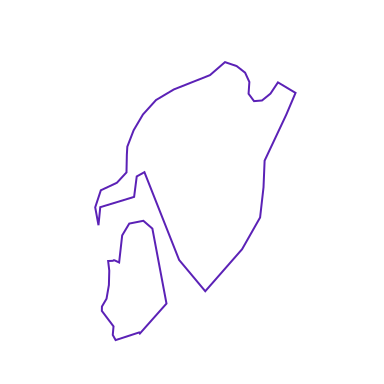 an SVG outline of Herceg Novi, rotated 61°
{"feature_id": "MNE-1506", "entity_name": "Herceg Novi", "entity_type": "Municipality", "adm_level": 1, "iso_a3": "MNE", "parent_name": "Montenegro", "parent_adm1": "", "projection": "orthographic", "projection_center": [18.544, 42.482], "detail": "fine", "context": "isolated", "style": "outline", "palette": "violet", "viewbox_px": 384, "rotation_deg": 61, "n_neighbors": 0, "source": "natural_earth", "source_scale": "10m", "svg_char_len": 824}
<svg xmlns="http://www.w3.org/2000/svg" viewBox="0 0 384 384"><g transform="rotate(61 192 192)"><path d="M146.3,270.9L147.5,253.2L143.1,239.8L127.8,230.9L121.0,226.6L109.7,213.1L100.4,197.3L94.1,178.8L93.5,158.1L98.5,119.6L94.4,100.2L103.5,91.9L113.4,87.7L123.6,88.5L133.5,94.9L142.6,93.7L145.9,86.4L144.0,75.7L137.8,63.7L155.5,53.4L170.1,72.1L199.8,113.3L222.6,127.2L247.3,144.8L266.3,175.9L285.2,228.5L245.2,236.2L151.6,224.0L151.6,232.8L168.2,245.0L160.8,279.6L175.7,289.9L158.5,284.1L146.3,270.9ZM289.2,306.3L284.5,330.6L278.6,330.6L271.5,325.8L252.3,328.5L248.5,326.3L243.9,318.5L233.1,309.8L220.7,302.5L211.7,298.8L213.8,294.6L213.8,293.3L214.7,292.5L218.3,289.9L196.1,274.1L189.2,262.2L193.6,248.5L204.8,244.4L277.2,268.4L284.4,288.9L290.5,306.2L289.2,306.3Z" fill="none" stroke="#5b21b6" stroke-width="2"/></g></svg>